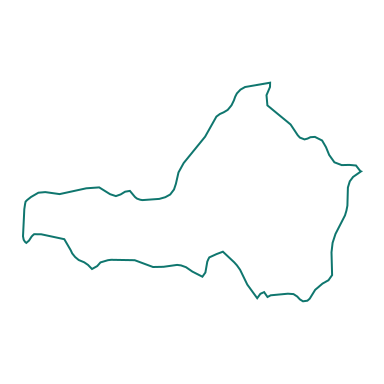 outline of Nueva Segovia
{"feature_id": "NIC-667", "entity_name": "Nueva Segovia", "entity_type": "Department", "adm_level": 1, "iso_a3": "NIC", "parent_name": "Nicaragua", "parent_adm1": "", "projection": "natural_earth1", "projection_center": [-86.233, 13.77], "detail": "fine", "context": "isolated", "style": "outline", "palette": "teal", "viewbox_px": 384, "rotation_deg": 0, "n_neighbors": 0, "source": "natural_earth", "source_scale": "10m", "svg_char_len": 1566}
<svg xmlns="http://www.w3.org/2000/svg" viewBox="0 0 384 384"><path d="M270.1,82.7L270.0,87.0L266.5,95.2L267.4,105.4L290.6,124.5L297.7,135.2L299.9,137.6L304.5,139.4L307.5,138.6L310.4,137.2L314.9,136.9L322.1,140.5L326.0,147.2L329.2,155.0L334.4,162.3L341.7,165.1L349.3,164.9L356.0,165.5L360.3,171.1L361.0,171.4L353.1,176.9L349.8,181.3L347.9,187.5L347.4,205.7L346.4,210.7L345.0,215.4L335.5,233.9L332.6,242.8L331.5,252.3L332.1,275.1L328.5,280.2L322.5,283.6L315.2,289.8L309.7,298.7L307.4,300.7L303.0,301.3L299.9,299.4L297.2,296.5L293.5,294.1L287.9,293.7L270.7,295.3L267.5,297.0L264.1,292.1L260.4,293.8L257.2,298.2L247.3,284.6L240.1,269.8L236.9,265.3L234.2,262.3L222.9,251.7L216.5,254.1L209.3,257.4L208.4,259.1L207.3,261.6L205.4,272.5L202.4,276.7L192.4,271.6L186.0,267.2L181.0,265.4L177.1,264.9L163.5,266.8L153.0,267.0L134.7,260.2L111.1,259.8L107.9,260.2L100.5,262.4L97.2,266.1L92.0,269.0L88.0,264.9L84.2,262.3L78.7,260.0L75.1,257.0L72.2,253.4L70.7,250.2L64.3,239.2L41.3,234.3L34.1,234.2L32.6,235.5L31.5,236.7L29.0,240.6L26.3,242.9L25.0,241.8L23.7,239.8L23.0,236.3L24.0,215.9L24.3,209.2L25.1,203.9L25.6,201.6L27.2,200.0L31.0,197.0L38.4,192.7L45.3,192.1L59.6,194.1L86.3,188.3L99.2,187.4L110.1,194.2L115.9,196.1L120.7,194.4L125.1,191.7L129.9,190.9L135.0,197.0L137.0,198.6L140.1,199.7L142.4,200.1L159.3,198.9L165.3,197.2L170.2,194.5L174.0,189.5L175.9,183.8L178.5,172.4L183.7,163.0L205.1,136.7L216.4,116.6L219.9,114.0L223.7,112.3L227.7,109.9L231.5,105.3L233.9,100.4L235.2,96.7L236.9,93.4L240.5,89.6L245.1,87.0L270.1,82.7Z" fill="none" stroke="#0f766e" stroke-width="2"/></svg>